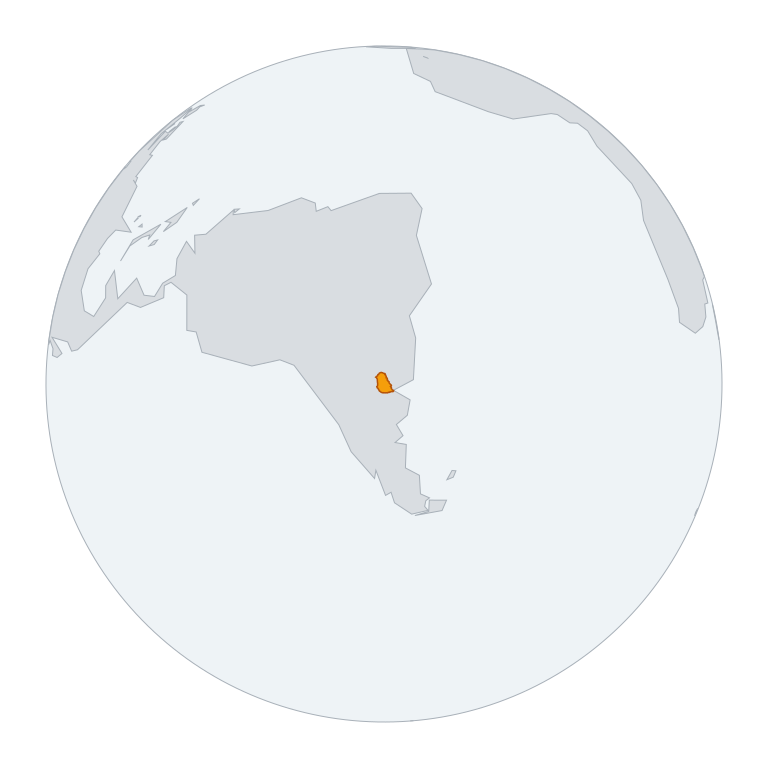 Entre Ríos highlighted on a globe, orthographic projection, rotated 323°
{"feature_id": "ARG-1309", "entity_name": "Entre Ríos", "entity_type": "Province", "adm_level": 1, "iso_a3": "ARG", "parent_name": "Argentina", "parent_adm1": "", "projection": "orthographic", "projection_center": [-59.178, -32.1], "detail": "fine", "context": "on_globe", "style": "filled", "palette": "amber", "viewbox_px": 768, "rotation_deg": 323, "n_neighbors": 0, "source": "natural_earth", "source_scale": "10m", "svg_char_len": 5891}
<svg xmlns="http://www.w3.org/2000/svg" viewBox="0 0 768 768"><g transform="rotate(323 384 384)"><circle cx="384" cy="384" r="338" fill="#eef3f6" stroke="#a8b0b8"/><path d="M305.0,55.5L308.3,54.7L305.2,55.7L309.0,55.7L315.7,53.8L315.1,53.3L328.4,50.7L328.2,50.7L372.7,46.3L375.4,46.3L396.1,47.4L396.6,48.0L380.8,49.1L356.8,50.0L336.2,55.0L361.4,50.6L362.4,53.6L367.6,54.0L374.4,53.6L378.6,52.2L381.4,53.4L357.6,57.4L354.7,56.3L362.3,54.8L351.0,55.6L334.9,59.9L336.7,62.0L310.6,69.0L311.5,70.8L306.4,73.9L306.6,70.2L305.7,77.5L275.3,92.8L273.4,110.6L262.4,99.6L250.7,101.4L236.1,106.3L235.4,109.0L217.0,113.8L198.5,127.0L188.7,145.2L192.8,155.4L213.5,147.7L221.0,137.9L237.0,131.2L222.7,155.7L250.2,150.6L245.8,168.7L253.4,176.0L267.9,170.3L282.7,171.8L294.1,159.3L312.1,151.2L311.7,165.8L322.3,151.2L331.9,157.2L368.3,154.5L365.4,158.0L395.9,175.7L430.1,185.6L438.0,198.1L433.8,205.3L445.9,208.6L446.1,213.7L495.0,229.0L520.5,247.9L520.0,266.8L499.3,284.8L482.1,332.7L445.3,344.8L437.0,366.3L410.1,398.2L387.7,394.7L395.3,412.4L383.8,423.0L369.5,423.8L368.1,436.7L357.6,437.4L365.4,445.7L350.6,463.9L357.3,478.2L347.0,493.7L351.8,502.3L347.1,502.4L342.8,506.2L343.1,511.4L327.8,504.6L320.9,485.2L324.5,474.7L318.2,473.9L325.6,448.0L319.6,453.8L317.0,418.3L323.4,389.3L323.4,314.9L315.4,302.0L289.3,290.1L257.7,249.1L265.3,229.4L258.8,222.5L280.1,194.3L275.1,174.6L267.7,173.3L260.0,182.5L235.6,176.3L228.0,164.3L159.8,172.2L154.3,169.8L156.7,160.0L147.0,146.9L145.2,165.8L138.9,166.1L136.4,161.7L140.9,156.6L143.5,148.4L139.7,150.8L142.5,147.6L159.6,131.3L177.8,116.2L197.1,102.5L217.2,90.1L238.2,79.2L259.9,69.7L282.2,61.8L305.0,55.5ZM270.4,117.9L302.0,122.1L282.7,126.7L286.6,124.0L278.9,121.3L264.1,120.8L247.6,127.2L270.4,117.9ZM287.4,103.7L281.8,104.2L287.5,103.0L287.4,103.7ZM354.2,520.0L329.5,507.6L343.0,512.7L350.3,504.0L364.0,514.4L354.2,520.0ZM376.6,498.3L386.3,494.0L389.2,496.6L383.2,500.1L376.6,498.3ZM608.2,131.2L611.4,134.7L604.8,130.1L591.9,120.4L572.6,103.9L580.6,109.2L608.2,131.2ZM706.7,484.3L704.4,491.2L701.2,492.6L691.4,514.2L688.3,513.2L681.4,524.2L673.2,530.0L663.2,530.8L657.1,512.6L664.7,500.9L673.7,471.3L689.7,409.6L699.7,391.8L702.5,373.0L697.2,322.2L699.0,304.3L695.5,292.2L689.6,287.3L684.6,273.1L680.2,268.6L646.6,250.1L631.2,229.3L600.8,181.3L603.2,170.3L594.6,153.9L603.7,129.5L615.7,139.2L625.4,147.6L641.7,165.5L656.8,184.5L670.4,204.6L682.5,225.6L693.1,247.4L702.1,269.9L709.4,293.0L715.1,316.6L719.1,340.5L721.4,364.6L721.9,388.9L720.7,413.1L717.7,437.1L713.0,460.9L706.7,484.3ZM612.4,145.9L615.0,149.9L615.0,150.0L612.4,145.9ZM369.5,154.3L373.8,157.1L367.9,157.3L369.5,154.3ZM279.4,132.4L286.4,131.3L289.9,132.7L284.4,134.3L279.4,132.4ZM339.8,124.4L348.1,125.0L339.2,126.6L339.8,124.4ZM307.1,122.7L333.1,124.6L315.8,130.2L299.5,129.5L311.1,126.7L307.1,122.7ZM282.8,110.8L287.0,110.7L285.3,113.1L282.8,110.8ZM291.5,103.0L289.8,103.5L287.9,102.3L291.5,103.0ZM363.8,53.3L365.8,53.1L372.5,53.0L368.9,53.6L363.8,53.3ZM405.0,51.1L408.7,53.3L403.6,51.8L399.2,52.6L383.0,51.2L396.1,48.3L393.1,49.5L405.0,51.1ZM365.1,49.8L373.9,50.2L363.7,49.9L365.1,49.8ZM559.7,672.1L552.7,676.1L556.1,673.8L559.7,672.1ZM679.2,548.5L678.1,550.3L682.2,542.1L689.8,527.3L694.2,518.1L679.2,548.5ZM202.2,668.8L204.4,670.3L205.0,670.6L202.2,668.8Z" fill="#d9dde1" stroke="#a8b0b8" stroke-width="1"/><path d="M388.9,386.1L388.8,386.3L388.7,386.6L388.8,387.3L388.9,387.7L388.9,388.3L389.0,388.4L389.1,388.7L389.1,388.9L389.1,389.1L389.1,389.5L388.9,389.8L388.7,389.9L387.9,389.8L387.7,389.8L387.7,390.0L387.8,390.0L387.7,390.2L387.7,390.3L387.7,390.6L387.8,390.9L387.8,391.1L387.7,391.1L387.5,391.3L387.4,391.5L387.2,392.0L387.2,392.5L387.2,392.8L387.1,393.3L387.1,393.5L387.2,393.9L387.5,394.3L387.5,394.5L387.6,394.8L387.6,395.1L387.6,395.3L387.3,395.3L386.9,395.5L386.6,395.5L386.4,395.4L385.9,394.9L385.6,394.8L385.3,394.5L384.9,394.3L384.7,394.2L384.1,394.2L383.9,394.0L383.7,394.0L383.7,393.9L383.6,393.7L383.4,393.6L382.9,393.7L382.7,393.5L382.5,393.3L382.3,393.2L382.0,393.3L381.9,393.3L381.7,393.3L381.1,392.9L380.8,392.6L380.7,392.5L380.6,392.4L380.4,392.3L380.2,392.2L379.4,391.6L378.7,391.0L378.5,390.8L378.3,390.8L378.2,390.7L378.1,390.4L377.9,390.3L377.5,390.1L377.2,389.7L377.1,389.3L377.0,389.2L376.9,389.1L376.6,388.5L376.5,388.2L376.4,387.5L376.4,387.4L376.1,387.0L376.1,386.9L376.1,386.7L376.2,386.3L376.3,386.2L376.3,385.7L376.3,385.4L376.4,385.1L376.4,384.8L376.4,384.5L376.4,384.4L376.6,384.0L376.6,383.9L376.6,383.7L376.4,383.4L376.3,383.2L376.3,382.9L376.5,382.7L376.5,382.3L376.6,382.2L376.6,381.9L376.7,381.7L376.8,381.7L377.0,381.7L377.4,381.7L377.5,381.7L377.8,381.5L378.0,381.4L378.1,381.2L378.4,380.8L378.5,380.7L378.7,380.4L378.8,380.3L378.9,380.2L379.0,380.2L379.3,379.7L379.5,379.1L379.8,378.9L380.1,378.2L380.4,377.8L380.6,377.4L380.9,377.1L381.0,376.9L381.3,376.5L381.6,376.0L381.6,375.8L381.6,375.5L381.6,375.4L381.7,375.1L381.7,374.7L381.8,374.4L381.6,374.0L381.6,373.9L381.5,373.6L382.0,373.6L382.3,373.4L382.5,373.5L382.9,373.4L383.2,373.5L383.7,373.6L384.1,373.4L384.4,373.1L384.7,372.9L384.8,372.8L385.0,372.8L385.3,372.9L385.5,373.0L386.0,372.9L386.8,372.5L387.0,372.5L387.3,372.7L387.7,372.7L388.7,373.0L388.8,373.1L388.9,373.4L389.0,373.5L389.4,373.9L389.6,374.1L389.7,374.3L389.8,374.6L390.0,375.1L390.6,375.8L390.9,376.0L391.0,376.2L391.0,376.3L391.0,376.5L391.0,376.8L390.9,377.0L390.5,377.1L390.4,377.1L390.4,377.3L390.6,377.6L390.7,377.9L390.6,378.1L390.5,378.3L390.4,378.6L390.4,378.8L390.4,379.0L390.3,379.3L390.2,379.3L390.1,379.5L390.0,379.8L389.9,380.0L389.7,380.1L389.5,380.3L389.7,380.5L389.9,380.6L390.0,380.8L390.0,381.1L390.0,381.3L389.7,382.2L389.6,382.3L389.2,382.4L389.1,382.5L388.9,382.7L388.9,382.8L389.1,383.1L389.1,383.3L389.2,383.5L389.1,383.8L389.1,384.0L388.9,384.3L389.0,384.5L389.3,384.9L389.4,385.1L389.4,385.3L389.0,385.7L388.9,386.0L388.9,386.1Z" fill="#f59e0b" stroke="#b45309" stroke-width="1.5"/></g></svg>